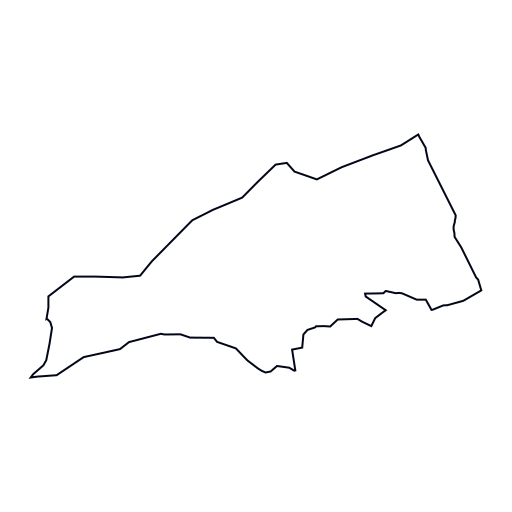 the district of Saki West, Oyo, Nigeria
{"feature_id": "59680162B14133510851755", "entity_name": "Saki West", "entity_type": "district", "adm_level": 2, "iso_a3": "NGA", "parent_name": "Nigeria", "parent_adm1": "Oyo", "projection": "mercator", "projection_center": [3.175, 8.647], "detail": "fine", "context": "isolated", "style": "outline", "palette": "ink", "viewbox_px": 512, "rotation_deg": 0, "n_neighbors": 0, "source": "geoboundaries", "source_scale": "gbopen_adm2", "svg_char_len": 1462}
<svg xmlns="http://www.w3.org/2000/svg" viewBox="0 0 512 512"><path d="M48.4,296.4L48.4,307.7L46.5,318.8L46.8,318.6L50.3,322.1L52.0,328.0L49.5,343.9L46.3,360.0L46.2,360.3L43.4,365.3L33.1,374.3L30.7,377.5L37.3,376.6L56.6,375.2L83.7,357.1L120.0,349.1L129.0,342.1L160.8,333.8L164.6,334.5L180.4,334.3L190.1,337.6L213.8,337.8L217.1,341.9L235.9,348.4L243.6,356.5L247.5,360.5L258.0,368.5L261.7,370.8L265.5,372.5L270.6,371.5L277.0,366.0L289.2,367.7L294.3,370.7L295.3,370.4L292.1,349.6L302.2,347.6L303.4,334.5L307.5,329.9L315.1,327.4L316.0,326.3L323.8,326.1L330.2,326.5L337.7,319.5L357.5,318.9L362.1,321.7L371.3,326.1L375.2,318.1L381.0,313.7L385.7,310.2L381.7,307.5L365.7,296.5L365.1,293.6L378.6,293.4L383.4,293.2L385.7,291.0L385.9,291.0L395.8,293.2L399.1,292.9L402.0,293.3L416.8,299.7L425.8,299.7L431.5,309.9L432.7,309.7L443.3,305.4L447.3,305.2L463.3,300.8L481.3,290.4L478.1,279.5L476.2,277.6L461.3,247.5L454.6,236.9L454.4,233.2L453.6,229.3L453.6,226.6L454.0,224.8L454.8,222.2L454.8,220.9L455.3,218.8L455.6,217.4L455.5,216.8L455.7,216.0L455.7,215.4L428.0,160.3L425.8,149.8L425.7,147.9L419.4,137.0L418.3,134.5L416.5,135.6L400.8,145.5L373.4,155.1L343.0,166.7L341.7,167.2L316.8,179.4L294.5,171.6L286.8,162.9L275.6,164.6L257.6,182.0L242.2,197.6L213.0,209.8L192.4,220.2L187.3,225.3L155.2,257.9L152.1,261.0L146.1,268.3L140.1,275.7L122.1,277.5L122.0,277.4L95.5,276.6L79.2,276.6L74.3,276.6L74.1,276.6L64.6,283.9L48.4,296.4Z" fill="none" stroke="#020617" stroke-width="2"/></svg>